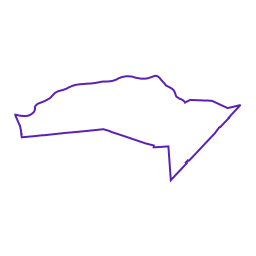 outline of Ozolnieku pag., Ozolnieku, Latvia
{"feature_id": "27541924B82010930676702", "entity_name": "Ozolnieku pag.", "entity_type": "district", "adm_level": 2, "iso_a3": "LVA", "parent_name": "Latvia", "parent_adm1": "Ozolnieku", "projection": "robinson", "projection_center": [23.771, 56.688], "detail": "fine", "context": "isolated", "style": "outline", "palette": "violet", "viewbox_px": 256, "rotation_deg": 0, "n_neighbors": 0, "source": "geoboundaries", "source_scale": "gbopen_adm2", "svg_char_len": 2806}
<svg xmlns="http://www.w3.org/2000/svg" viewBox="0 0 256 256"><path d="M15.4,114.7L15.4,115.1L15.4,115.5L19.9,125.8L20.0,125.8L20.2,126.8L20.4,127.9L20.6,128.9L20.7,129.1L21.3,133.4L21.4,133.6L21.2,133.6L21.8,137.3L26.3,136.9L27.0,136.8L32.8,136.3L37.8,135.8L38.2,135.7L38.3,135.7L43.1,135.2L43.6,135.3L65.5,132.9L70.2,132.5L70.6,132.5L87.3,130.9L103.5,129.2L104.6,129.6L105.7,129.9L106.8,130.2L108.0,130.6L109.2,131.0L110.5,131.4L111.0,131.8L122.6,135.6L146.4,143.7L146.8,143.7L148.9,144.2L149.4,144.4L151.1,144.8L151.5,144.9L153.4,145.4L153.8,145.5L153.7,147.3L156.4,147.2L168.4,146.4L170.8,180.2L186.7,163.2L186.2,163.0L185.8,162.5L187.6,160.6L188.0,161.0L189.0,160.3L189.3,160.4L208.1,140.4L215.0,133.1L217.3,129.9L218.1,128.8L218.9,127.7L219.7,127.3L220.2,126.8L220.5,126.9L220.8,126.5L221.9,125.3L222.8,124.4L223.5,123.6L224.1,123.0L229.1,117.8L228.8,117.6L229.9,116.4L230.9,115.2L231.3,114.8L231.5,114.5L232.7,113.3L234.1,111.8L234.9,110.9L235.4,110.4L235.9,109.9L236.4,109.3L236.9,108.8L237.4,108.3L237.9,107.7L238.4,107.2L238.9,106.7L240.1,105.4L240.6,105.0L232.9,106.9L229.2,107.7L227.6,108.1L211.9,100.8L210.0,100.8L208.0,100.5L207.3,100.4L206.8,100.6L203.6,100.5L202.4,100.4L201.4,100.3L200.5,100.3L199.2,100.3L198.7,100.3L197.3,100.2L195.7,100.1L194.1,100.1L190.2,99.9L189.5,100.2L188.5,100.8L187.4,101.3L187.1,101.4L185.7,102.2L185.0,102.6L184.4,101.6L183.0,100.3L181.5,99.4L179.4,98.6L178.1,97.7L176.6,96.9L175.8,95.4L175.2,93.4L174.7,92.1L173.6,90.1L172.6,89.2L171.2,88.2L168.8,86.9L167.7,86.3L166.5,85.8L165.8,85.3L165.2,84.4L164.6,83.7L164.2,83.1L163.5,82.5L162.8,81.7L162.2,80.9L161.4,80.2L160.8,79.4L160.3,78.8L159.7,78.0L158.1,76.6L156.9,76.0L155.4,75.8L154.4,76.0L154.2,76.1L152.5,76.7L150.8,77.3L149.2,77.8L147.7,78.3L146.4,78.5L145.1,78.7L144.0,78.7L142.2,78.7L140.6,78.6L137.4,78.0L135.6,77.7L134.3,77.3L132.8,76.8L131.3,76.5L129.6,76.4L128.0,76.2L125.9,76.3L124.5,76.6L122.1,77.0L121.1,77.4L120.4,77.6L120.2,77.7L119.8,77.9L118.8,78.2L116.8,79.3L115.6,79.9L114.3,80.3L112.9,80.8L111.1,81.1L109.9,81.3L108.7,81.4L107.1,81.5L105.9,81.5L104.7,81.5L102.7,81.6L101.8,81.7L100.3,82.0L97.7,82.5L95.7,82.9L94.1,83.1L92.4,83.3L91.0,83.5L89.0,83.6L86.6,83.7L84.4,83.9L79.5,84.3L75.3,85.0L73.8,85.4L72.5,85.8L71.3,86.3L69.0,87.3L66.4,88.7L65.6,89.0L64.8,89.3L63.7,89.7L62.6,90.1L61.3,90.3L60.7,90.5L59.8,90.8L58.8,91.0L58.0,91.3L57.2,91.7L56.1,92.2L55.1,92.9L54.4,93.5L53.7,94.2L52.6,95.4L52.1,95.9L51.9,96.1L51.3,96.8L49.8,98.2L49.5,98.4L46.3,100.2L44.6,101.1L43.6,101.5L42.1,102.1L40.5,102.7L38.2,103.6L37.1,104.2L36.1,105.2L35.4,106.0L35.1,106.6L34.9,107.3L35.0,109.1L34.4,111.1L34.1,111.7L33.2,112.7L32.2,113.5L31.2,114.2L30.3,114.8L29.2,115.2L28.2,115.7L25.8,116.0L24.5,116.1L22.4,115.9L21.3,115.8L19.0,115.5L16.3,114.9L15.4,114.7Z" fill="none" stroke="#5b21b6" stroke-width="2"/></svg>